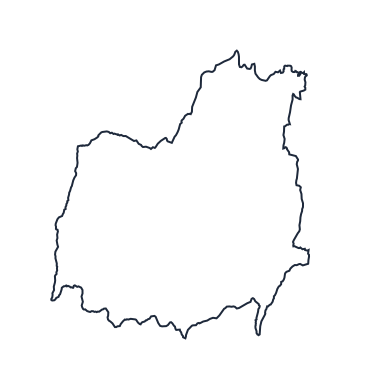 the district of Colta, Chimborazo, Ecuador, rotated 11°
{"feature_id": "8360857B90964740580974", "entity_name": "Colta", "entity_type": "district", "adm_level": 2, "iso_a3": "ECU", "parent_name": "Ecuador", "parent_adm1": "Chimborazo", "projection": "equal_earth", "projection_center": [-78.852, -1.798], "detail": "fine", "context": "isolated", "style": "outline", "palette": "slate", "viewbox_px": 384, "rotation_deg": 11, "n_neighbors": 0, "source": "geoboundaries", "source_scale": "gbopen_adm2", "svg_char_len": 5947}
<svg xmlns="http://www.w3.org/2000/svg" viewBox="0 0 384 384"><g transform="rotate(11 192 192)"><path d="M74.5,324.8L75.4,325.2L77.4,324.6L78.3,323.6L79.0,321.8L81.0,320.4L81.3,318.6L82.0,317.6L82.6,312.6L82.5,310.8L84.1,309.0L85.2,308.8L86.3,307.8L87.2,308.5L88.1,307.8L90.1,308.2L91.0,308.8L92.0,308.5L93.5,308.8L93.7,308.6L93.9,306.6L94.8,306.0L97.4,307.0L98.6,306.3L101.4,307.0L103.2,309.1L103.9,312.5L103.5,315.7L105.8,320.6L105.4,324.4L106.1,325.9L107.3,327.5L108.4,328.0L109.6,327.6L111.8,328.9L114.1,329.2L115.2,329.1L116.0,328.2L117.7,327.9L119.0,328.3L120.3,327.8L121.4,328.1L122.3,327.4L123.7,327.2L126.2,324.5L127.2,324.1L127.8,323.3L129.6,322.8L132.8,326.0L133.3,329.6L133.0,331.0L133.9,333.2L135.3,334.3L136.4,334.6L139.0,336.1L142.1,339.3L143.5,339.0L144.4,338.1L146.7,337.4L147.2,335.3L148.9,332.1L150.4,330.0L151.4,330.1L152.3,329.4L154.0,329.3L156.0,328.2L160.7,327.9L161.5,328.1L163.9,330.5L165.8,331.6L166.8,331.7L167.1,330.7L168.0,329.3L170.2,328.2L171.2,326.8L171.8,326.7L173.2,325.2L174.5,324.5L175.6,321.9L178.8,320.8L180.1,321.4L183.9,327.1L186.3,329.5L188.2,329.6L192.2,328.6L193.7,327.3L195.3,324.2L196.3,323.8L197.7,324.6L199.9,326.8L200.9,327.3L201.9,329.5L202.8,330.4L206.3,329.4L206.9,330.7L208.1,331.8L209.1,333.8L210.7,335.2L211.0,336.3L213.4,336.9L213.6,335.0L213.4,333.7L214.3,328.1L217.4,323.3L218.4,322.7L221.3,322.0L222.4,319.9L223.8,319.2L224.4,319.5L225.1,319.1L227.7,317.0L231.5,315.3L233.9,313.1L236.6,311.5L240.2,311.3L242.4,308.0L245.8,300.5L246.9,299.6L248.0,297.9L250.5,297.2L252.8,297.1L254.5,296.4L256.0,296.5L258.2,297.8L260.3,296.9L267.5,290.6L270.4,288.7L270.9,285.5L272.0,284.6L273.4,285.2L275.0,287.2L278.9,289.3L279.3,290.4L280.1,290.8L280.3,291.7L280.1,293.0L279.5,294.3L279.7,296.9L279.3,303.6L279.7,304.8L278.8,305.7L279.4,306.6L279.4,308.0L279.8,308.6L279.7,309.6L280.0,310.4L279.8,311.4L280.3,313.5L281.9,316.3L282.3,318.2L283.6,319.5L284.4,319.3L284.8,319.7L285.6,318.9L284.6,310.7L284.8,305.7L287.0,298.5L287.2,297.5L286.8,296.8L286.7,294.2L287.3,292.9L287.6,289.9L288.4,289.9L289.8,287.9L290.7,287.5L292.1,284.3L292.2,281.9L292.7,280.9L292.3,278.7L293.1,277.6L293.8,275.0L294.3,270.8L295.2,268.2L296.1,267.4L297.1,265.6L296.7,263.2L298.0,262.4L298.8,260.5L299.1,258.5L298.9,254.5L299.1,253.7L300.0,252.3L302.6,250.7L303.2,248.4L304.8,246.0L306.8,244.1L308.8,243.8L310.8,242.4L311.9,242.0L314.8,242.9L319.7,240.3L319.7,239.7L319.3,236.8L319.2,233.1L318.8,231.3L317.7,230.4L317.5,226.7L316.4,227.5L314.1,227.4L313.6,226.2L311.3,227.1L308.9,225.8L308.3,226.5L307.2,226.7L302.7,225.6L301.9,226.0L301.6,225.2L301.6,223.2L300.7,221.8L301.1,219.9L303.7,212.3L304.8,210.1L305.0,208.1L303.8,204.1L303.8,200.1L303.3,196.2L303.3,192.9L303.7,189.7L303.4,187.8L303.8,185.7L303.6,184.4L303.1,181.8L301.0,177.9L299.8,173.0L297.8,169.4L297.9,166.6L296.0,165.4L293.3,165.4L292.4,163.2L292.2,160.5L292.4,158.9L291.6,149.2L289.5,144.7L289.5,142.0L290.0,141.0L289.9,139.9L287.1,136.9L280.3,136.5L279.7,134.4L277.1,131.9L276.9,131.1L276.1,130.3L275.1,130.2L274.4,131.3L273.3,131.9L272.9,128.6L273.1,126.1L272.8,122.2L270.9,118.7L270.8,115.2L270.0,110.1L270.6,109.9L272.6,107.7L273.8,107.5L274.5,106.7L275.1,106.7L273.1,102.9L272.8,101.0L273.0,95.1L272.7,88.1L273.1,82.0L272.3,78.1L272.6,76.5L273.4,76.8L274.3,78.0L276.1,79.3L277.3,79.4L279.7,80.3L280.8,80.2L278.8,73.4L279.1,72.8L282.4,71.1L283.7,69.9L283.3,68.0L282.4,67.1L282.8,65.7L282.4,62.6L281.2,60.3L281.0,58.5L281.2,57.0L282.4,55.7L282.3,55.3L281.7,55.3L281.6,54.5L279.6,54.8L279.1,53.1L278.5,54.1L277.5,54.1L275.8,53.3L275.1,53.7L275.9,55.4L275.1,57.4L273.9,57.7L273.7,56.8L274.1,55.8L273.7,54.6L272.5,54.2L272.1,54.4L271.0,53.6L270.6,54.0L270.2,53.7L269.9,54.6L269.4,54.8L268.2,54.9L266.9,54.3L266.4,53.2L266.1,50.9L265.3,49.6L264.3,49.3L261.8,49.7L261.4,50.2L259.3,50.2L258.6,51.1L259.0,53.5L258.6,53.7L258.5,54.3L258.9,56.2L258.3,57.5L256.6,58.2L255.2,56.0L253.6,58.1L251.0,58.1L249.7,60.6L247.2,62.2L246.3,63.5L244.3,68.1L243.1,68.8L239.0,68.7L236.9,68.1L235.1,66.9L231.7,63.7L230.5,60.6L229.8,56.8L228.7,54.3L226.5,55.4L226.3,58.3L225.9,59.7L225.1,60.2L222.6,60.3L219.4,57.0L218.5,57.3L217.6,59.2L216.7,60.1L215.1,60.1L213.8,57.8L212.3,50.3L211.5,48.0L210.3,45.7L209.0,44.7L207.8,46.1L207.3,49.2L206.5,51.0L203.6,54.5L198.7,57.7L194.0,61.7L191.4,63.1L190.9,68.1L189.3,70.1L187.9,70.4L185.5,70.3L183.2,71.0L181.2,72.3L179.3,75.1L179.0,77.5L180.6,87.6L178.2,92.8L177.8,98.5L175.9,108.4L176.6,113.3L175.9,115.8L175.0,115.6L174.2,116.1L173.1,116.1L170.7,118.5L169.7,121.7L168.3,123.6L168.1,124.4L168.7,125.9L167.4,127.6L167.0,133.2L166.4,136.2L165.4,139.4L164.4,141.0L162.8,147.6L158.4,146.9L157.7,146.2L157.0,144.6L156.0,143.9L155.4,144.1L151.7,147.7L149.2,151.1L147.7,154.9L147.1,155.8L145.1,155.5L143.5,157.6L142.1,156.9L138.2,156.3L135.3,157.2L133.9,156.5L133.0,155.5L130.5,154.9L127.6,152.0L125.3,153.0L116.3,149.7L114.0,150.2L111.5,149.5L110.3,150.3L109.1,149.9L108.4,150.1L108.1,149.6L107.7,149.9L104.8,149.5L103.9,150.0L102.0,149.1L100.5,149.9L98.8,148.9L96.8,148.8L92.5,150.2L91.5,150.9L89.4,154.0L89.2,154.5L89.4,155.4L88.4,156.7L86.2,158.8L83.4,160.5L82.5,163.7L81.4,165.5L80.2,166.3L79.4,166.2L77.2,167.2L76.0,167.0L75.2,167.8L74.4,167.5L71.3,168.9L71.3,171.9L72.2,174.1L71.9,176.2L72.5,178.2L72.7,180.6L74.1,185.2L74.3,189.3L73.4,190.9L73.3,193.8L74.7,195.6L75.0,197.7L73.9,200.2L73.2,203.4L72.9,209.1L72.4,210.5L72.1,214.3L71.6,216.1L71.8,218.0L71.5,221.3L72.2,223.7L71.3,224.8L71.6,226.2L71.0,227.8L71.2,229.3L70.7,231.0L71.2,232.8L70.0,233.7L70.0,236.9L69.4,238.4L69.1,240.3L66.2,242.3L65.1,244.4L64.3,248.9L64.4,250.6L65.1,251.9L65.5,254.2L66.0,254.6L67.2,254.7L67.9,256.3L67.7,259.5L68.7,262.9L68.4,265.4L69.9,269.3L71.0,271.4L69.3,276.6L69.5,279.5L70.3,281.2L70.6,283.1L72.9,287.9L73.3,290.4L73.9,290.9L74.0,292.7L74.6,294.7L74.2,296.7L74.7,298.3L73.7,299.9L73.5,300.8L74.6,305.1L74.7,307.1L74.4,311.3L75.3,314.6L74.3,318.0L74.8,319.6L74.9,322.2L74.3,323.9L74.5,324.8Z" fill="none" stroke="#1e293b" stroke-width="2"/></g></svg>